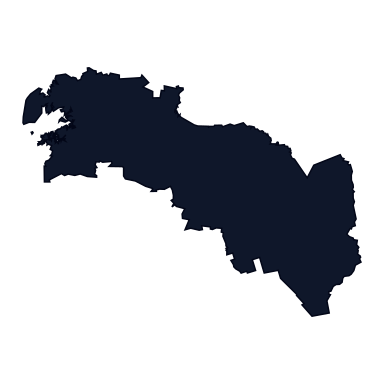 Åtorohanga District, Waikato, New Zealand
{"feature_id": "76426892B74267582170982", "entity_name": "Åtorohanga District", "entity_type": "district", "adm_level": 2, "iso_a3": "NZL", "parent_name": "New Zealand", "parent_adm1": "Waikato", "projection": "mercator", "projection_center": [175.074, -38.229], "detail": "fine", "context": "isolated", "style": "filled", "palette": "ink", "viewbox_px": 384, "rotation_deg": 0, "n_neighbors": 0, "source": "geoboundaries", "source_scale": "gbopen_adm2", "svg_char_len": 5789}
<svg xmlns="http://www.w3.org/2000/svg" viewBox="0 0 384 384"><path d="M65.6,74.1L56.1,75.6L55.0,78.9L58.0,84.1L56.0,83.7L55.1,80.9L53.4,80.3L52.6,82.4L53.5,83.2L51.3,84.8L52.8,85.9L50.2,86.3L51.1,88.0L50.6,90.9L51.4,92.6L48.7,89.5L47.4,92.7L49.9,95.6L49.0,96.7L47.6,95.9L44.2,97.1L43.9,96.2L45.1,94.9L42.9,93.0L39.6,94.2L40.3,90.9L41.7,89.2L38.8,88.1L30.6,94.0L27.4,97.9L26.0,100.3L23.3,116.8L23.0,122.8L23.8,124.3L29.0,122.3L34.7,122.4L41.8,113.0L41.7,106.1L43.8,106.6L46.1,103.9L47.1,103.7L46.2,104.7L47.3,105.8L46.9,106.7L46.2,105.8L45.7,107.3L45.9,110.3L46.4,112.9L48.5,112.1L48.4,114.0L50.9,111.8L52.0,108.3L51.0,105.5L52.8,102.3L51.7,104.6L53.7,107.1L52.7,107.3L52.8,109.7L52.4,108.9L52.0,109.1L53.3,111.3L58.5,107.8L63.7,107.0L62.9,109.0L60.4,109.8L61.4,111.8L64.3,111.4L64.9,112.4L64.3,115.4L70.4,110.4L69.8,109.0L70.7,110.2L70.9,108.3L72.0,110.9L70.9,110.6L70.7,112.2L68.8,112.1L68.7,113.3L66.1,115.0L65.6,117.2L66.2,118.0L67.6,115.8L69.7,115.4L69.9,115.7L71.2,115.8L71.3,115.9L71.4,116.0L69.9,115.8L67.1,118.4L67.7,120.3L65.8,120.5L62.0,117.3L59.4,119.9L59.0,121.7L60.1,120.6L65.2,122.1L68.7,120.3L72.1,122.0L72.6,119.8L74.3,120.1L72.3,123.5L71.0,123.0L69.1,124.3L70.7,125.5L72.5,124.5L72.6,127.4L73.5,126.1L74.8,126.0L75.7,128.0L73.9,126.1L73.9,128.2L72.2,128.5L71.9,126.1L69.3,125.9L69.1,127.0L70.1,127.3L69.3,127.9L67.5,126.7L67.4,129.6L67.0,130.0L66.3,127.4L67.6,125.9L66.4,125.1L63.8,126.5L63.8,127.6L61.8,126.9L60.5,128.8L58.0,129.1L57.3,130.2L56.6,129.5L56.9,130.4L55.2,131.1L55.8,133.3L56.7,133.3L55.7,134.3L58.5,135.0L58.9,139.0L62.4,138.5L65.8,134.9L62.9,138.8L65.0,138.8L64.5,139.9L65.4,141.1L61.8,139.5L61.1,141.2L60.8,139.4L60.0,139.4L59.4,141.2L58.6,140.0L58.4,141.5L57.4,141.6L58.0,141.8L58.6,144.3L56.6,141.6L55.5,142.8L55.6,141.4L54.2,141.7L55.9,140.7L54.6,139.6L54.9,138.4L53.5,138.3L54.3,137.9L53.5,136.8L53.9,135.3L52.9,135.7L53.5,133.8L52.9,131.5L51.0,131.9L50.5,132.9L51.4,132.6L51.4,133.6L50.6,133.4L49.5,135.0L50.6,135.3L49.5,136.3L49.5,138.1L51.9,137.9L51.4,140.8L50.2,138.7L49.3,140.0L48.3,139.5L48.9,138.7L48.1,135.8L49.4,133.9L48.8,132.8L47.4,134.5L46.3,133.2L45.2,133.4L44.7,134.9L42.8,135.3L43.3,136.5L41.2,135.4L40.9,137.0L42.3,138.1L42.2,139.9L40.5,141.7L38.5,141.8L39.7,143.5L37.8,143.8L38.0,145.3L41.5,143.7L42.0,144.6L43.0,142.7L43.3,143.8L44.5,143.2L44.2,140.3L45.2,141.2L44.9,140.0L46.8,139.7L45.9,141.7L47.2,142.9L47.0,145.0L48.3,144.2L51.6,145.5L50.2,149.4L52.6,150.6L51.8,154.1L50.3,155.7L52.3,156.2L48.8,160.2L46.0,161.2L44.9,163.6L45.7,166.2L44.2,166.1L44.4,181.9L49.8,181.9L49.3,179.9L61.4,173.6L64.6,175.5L68.2,174.1L74.8,175.4L80.2,174.0L87.3,176.5L96.6,177.2L96.6,175.6L94.6,174.3L95.6,170.4L94.7,168.3L96.9,167.6L95.1,164.8L96.1,161.8L99.3,162.0L100.0,160.9L102.6,162.2L111.4,161.5L112.1,163.2L109.0,166.4L122.4,166.6L123.6,167.6L123.6,176.0L125.4,178.9L135.4,181.0L145.7,186.3L152.4,188.4L152.8,189.1L151.1,191.4L156.4,191.3L156.2,190.0L159.5,189.1L164.4,189.3L170.4,186.3L172.3,189.9L173.4,195.3L173.3,199.1L171.2,200.4L173.9,203.3L171.9,206.9L175.0,204.7L176.3,206.4L184.8,208.7L182.1,214.0L182.5,218.4L189.2,219.7L185.0,229.8L190.7,228.2L199.2,230.2L202.4,229.6L201.7,225.8L210.4,226.9L210.4,229.0L212.4,229.5L216.2,227.9L221.7,228.3L221.3,232.1L223.3,232.7L222.9,236.2L225.9,243.5L226.0,245.9L227.6,247.6L226.1,248.3L227.1,249.1L226.0,250.1L226.9,251.4L226.8,254.8L232.7,253.0L234.6,259.2L230.9,260.4L233.5,264.7L233.8,266.8L235.7,268.8L239.8,271.2L241.1,273.1L246.8,271.2L247.4,273.0L255.6,270.5L252.3,259.7L259.6,257.4L264.2,273.0L278.2,270.3L280.6,278.4L296.7,294.3L296.5,295.4L304.1,303.7L302.0,304.9L312.0,316.2L329.2,313.0L326.9,300.8L330.4,294.7L328.9,294.3L328.8,291.6L330.9,291.2L333.2,286.4L336.1,284.5L339.6,284.3L342.1,282.3L342.7,278.3L344.2,276.3L349.0,275.7L351.2,274.2L353.8,270.6L355.4,265.2L361.0,262.1L359.5,258.8L360.6,257.3L360.2,256.0L357.6,254.1L358.2,250.5L357.5,249.6L358.8,247.3L356.6,244.7L357.3,240.3L353.6,239.7L353.2,238.1L349.5,236.7L346.8,234.2L350.0,228.6L351.4,228.9L352.0,226.8L355.3,225.7L354.4,221.9L356.1,219.0L353.2,205.3L354.4,201.7L353.2,198.2L353.1,192.8L354.3,191.7L352.3,189.5L353.3,187.3L353.1,184.6L351.4,180.3L351.3,175.1L352.3,171.5L350.3,164.6L348.8,165.0L347.7,163.8L348.5,161.9L343.0,160.6L344.0,158.7L341.9,157.9L340.2,154.7L313.8,165.2L307.2,177.8L294.4,159.1L292.1,158.3L290.4,154.8L291.2,152.9L289.6,152.0L290.9,151.0L290.1,148.4L288.3,148.5L287.6,146.4L284.8,146.1L284.4,144.7L278.6,145.2L278.2,142.4L277.3,142.1L276.7,142.9L277.8,144.7L277.2,145.3L276.0,145.1L276.0,143.9L270.2,143.9L270.8,143.2L270.3,141.7L271.2,140.8L270.8,138.2L268.5,136.4L267.7,134.1L267.0,135.0L265.7,133.3L263.4,132.9L263.5,131.7L262.2,130.8L259.7,131.3L257.3,129.0L255.3,129.3L254.2,127.0L251.6,126.4L251.5,127.4L251.0,128.0L251.1,126.7L249.9,126.0L246.9,126.5L243.3,122.8L234.2,125.6L230.1,124.1L222.6,126.8L221.7,125.2L214.6,125.3L214.0,126.4L208.7,126.4L208.7,128.0L208.3,126.3L197.8,126.0L194.2,124.9L181.0,117.3L179.8,115.9L180.0,114.6L178.1,116.4L178.3,114.3L177.3,112.5L176.3,113.0L177.0,111.2L176.1,110.6L174.9,111.6L175.0,109.8L176.4,108.9L176.5,106.6L177.8,107.0L177.2,104.7L180.3,102.6L179.2,100.5L179.6,97.7L178.5,95.1L179.4,93.0L183.2,89.8L183.0,88.0L178.8,87.7L178.4,86.0L176.4,86.6L176.8,88.7L164.3,85.9L164.4,90.8L161.3,90.4L160.1,97.8L152.7,97.9L152.7,91.5L142.9,87.0L148.7,82.6L141.9,75.1L140.9,77.7L119.3,79.0L119.3,75.1L110.4,73.2L109.3,75.5L107.4,75.4L106.8,74.0L102.9,75.2L101.2,72.4L96.4,74.2L96.0,70.9L93.5,70.5L89.1,67.8L87.4,68.0L87.7,71.5L82.9,73.6L83.1,75.2L81.7,76.3L80.8,79.5L77.5,80.7L75.8,78.0L72.9,77.2L71.5,77.9L65.6,74.1ZM54.7,133.0L53.9,134.3L55.0,135.7L54.4,137.1L55.6,138.1L55.2,140.0L57.9,139.7L57.8,136.8L57.1,136.1L55.9,136.8L54.7,133.0ZM32.5,131.8L31.2,132.3L32.0,134.1L33.1,132.8L32.5,131.8Z" fill="#0f172a" stroke="#020617" stroke-width="1.5"/></svg>